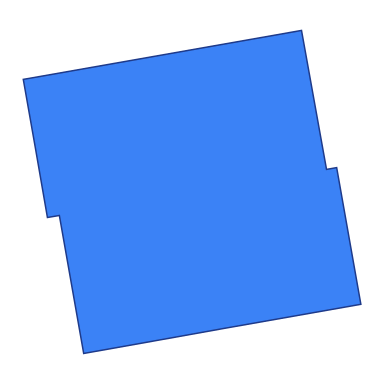 outline of Black Hawk, Iowa, United States of America, rotated 350°
{"feature_id": "52423323B64138679550373", "entity_name": "Black Hawk", "entity_type": "district", "adm_level": 2, "iso_a3": "USA", "parent_name": "United States of America", "parent_adm1": "Iowa", "projection": "orthographic", "projection_center": [-92.335, 42.47], "detail": "fine", "context": "isolated", "style": "filled", "palette": "blue", "viewbox_px": 384, "rotation_deg": 350, "n_neighbors": 0, "source": "geoboundaries", "source_scale": "gbopen_adm2", "svg_char_len": 319}
<svg xmlns="http://www.w3.org/2000/svg" viewBox="0 0 384 384"><g transform="rotate(350 192 192)"><path d="M45.4,122.0L45.2,192.0L57.3,192.1L57.3,332.2L127.3,332.1L198.3,331.9L338.8,331.9L338.8,330.4L338.7,193.1L328.4,193.1L327.9,51.9L45.4,51.8L45.4,122.0Z" fill="#3b82f6" stroke="#1e3a8a" stroke-width="1.5"/></g></svg>